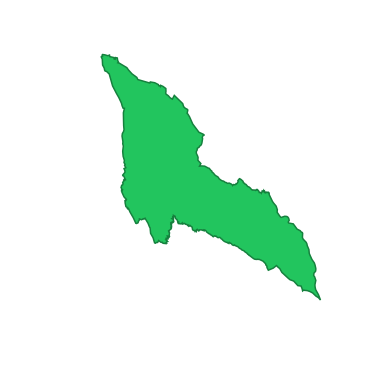 the district of Combita, Boyacá, Colombia, rotated 143°
{"feature_id": "7082276B12842426687560", "entity_name": "Combita", "entity_type": "district", "adm_level": 2, "iso_a3": "COL", "parent_name": "Colombia", "parent_adm1": "Boyacá", "projection": "equal_earth", "projection_center": [-73.326, 5.691], "detail": "fine", "context": "isolated", "style": "filled", "palette": "green", "viewbox_px": 384, "rotation_deg": 143, "n_neighbors": 0, "source": "geoboundaries", "source_scale": "gbopen_adm2", "svg_char_len": 6090}
<svg xmlns="http://www.w3.org/2000/svg" viewBox="0 0 384 384"><g transform="rotate(143 192 192)"><path d="M252.5,173.9L252.0,173.1L250.7,173.1L249.8,172.4L247.8,173.3L247.2,170.8L246.6,170.0L246.1,169.9L246.0,168.5L243.9,166.5L243.7,167.0L243.1,166.5L243.0,167.1L242.3,167.4L241.3,167.1L241.6,168.3L241.6,169.4L240.8,168.8L240.3,169.7L240.7,169.7L240.6,170.6L239.5,170.1L239.2,169.2L238.4,170.0L238.6,170.7L238.2,171.8L237.8,171.4L238.0,169.6L236.8,169.9L236.2,171.3L234.5,172.9L234.6,173.8L234.1,175.1L233.8,175.1L233.5,174.7L233.2,175.0L231.0,175.1L230.1,176.7L229.8,176.7L229.7,176.1L229.0,176.8L228.5,179.0L228.3,179.2L227.9,178.6L227.5,179.7L227.0,179.4L227.0,179.8L226.7,179.5L226.3,180.0L225.8,179.5L225.3,179.7L225.2,179.1L224.6,179.2L224.9,180.0L223.9,180.3L223.0,181.7L223.5,182.1L223.7,181.6L224.0,182.7L223.5,182.5L222.6,183.0L222.4,182.7L222.4,182.1L222.0,182.9L222.7,183.4L222.1,184.1L221.6,183.7L221.2,183.9L220.9,183.5L220.7,184.1L220.1,182.7L221.0,181.1L220.9,179.6L220.6,179.2L221.2,176.9L221.2,175.9L220.9,175.9L221.3,175.2L221.8,175.6L221.9,175.0L219.8,173.0L218.5,173.2L218.9,172.4L218.7,171.9L217.9,171.9L217.2,171.3L217.0,171.5L216.5,170.6L216.5,170.0L215.5,168.9L215.6,167.9L214.5,167.6L214.5,167.0L215.2,166.8L215.2,166.5L213.5,166.2L213.5,165.2L213.0,163.8L214.1,161.9L214.1,160.6L213.2,159.8L213.3,159.0L212.9,159.3L212.5,159.2L212.3,157.8L211.5,158.4L211.6,158.8L210.8,158.6L210.7,159.1L210.2,159.0L210.0,156.8L209.1,156.9L208.9,156.5L208.9,157.2L208.5,157.2L207.5,156.1L207.1,156.0L206.5,154.9L205.9,155.0L205.7,153.6L205.2,153.6L204.8,154.1L204.5,153.7L204.2,152.4L204.4,151.4L203.6,148.5L203.0,147.7L203.0,146.8L202.3,145.5L202.1,143.8L201.8,143.4L200.5,143.5L199.9,142.5L199.4,142.4L199.0,140.4L198.6,139.8L197.1,139.0L196.8,137.9L196.9,137.0L196.4,136.2L196.4,135.0L195.9,133.0L194.8,131.1L194.2,130.6L194.3,130.0L193.6,129.3L193.5,128.8L192.7,129.4L192.4,129.2L192.2,127.9L191.7,127.3L191.6,125.4L190.7,124.1L190.0,124.2L189.6,122.9L188.2,120.5L188.0,118.5L187.3,117.3L187.1,115.8L185.9,113.8L185.8,112.6L185.0,110.3L184.9,108.6L184.5,108.0L184.6,107.1L184.3,106.7L183.0,102.0L182.5,100.8L181.2,99.4L180.3,99.1L179.9,98.4L179.0,98.0L176.9,94.1L176.4,90.4L176.9,89.4L176.8,87.7L177.6,86.5L178.1,83.6L172.9,82.3L168.8,82.4L168.6,80.5L168.0,78.0L168.6,73.7L167.0,64.9L166.5,62.9L164.4,59.7L163.8,53.5L161.5,51.3L162.3,48.4L163.2,46.4L161.7,46.4L161.5,45.9L159.3,43.9L157.8,41.7L156.4,38.8L155.7,34.4L154.6,31.5L154.4,28.4L152.8,33.9L152.0,39.6L150.9,42.0L149.7,43.9L146.3,46.9L145.1,50.5L145.1,52.0L143.5,53.8L141.1,54.3L140.0,55.3L139.1,56.5L137.7,59.6L137.0,61.7L136.8,66.0L135.9,70.1L135.3,72.4L133.3,75.6L132.3,79.6L131.4,81.6L131.1,83.2L131.6,87.5L131.2,89.2L128.5,92.4L128.3,93.3L128.8,94.1L128.9,96.0L130.4,99.1L130.3,105.6L133.4,109.0L133.5,109.5L133.2,110.1L131.4,110.9L130.6,112.9L130.6,114.5L131.0,115.4L132.5,116.8L136.0,118.0L136.3,118.4L136.4,120.1L136.2,124.6L134.5,126.5L133.3,130.1L133.5,134.2L133.4,136.1L132.0,143.1L131.6,144.1L131.1,144.5L131.0,145.2L131.1,145.7L131.6,145.6L132.2,146.9L133.4,146.9L133.4,147.2L133.7,147.1L134.2,147.7L133.9,147.9L134.1,148.6L133.7,148.8L133.8,149.2L133.6,149.4L134.0,149.5L133.9,150.0L134.3,149.7L134.3,150.4L134.5,149.8L135.0,150.4L135.2,149.9L135.6,150.3L136.1,149.8L136.6,149.9L136.9,149.7L137.3,150.1L137.5,149.7L137.7,150.5L138.4,151.0L138.2,151.2L138.4,151.9L138.1,152.8L138.4,153.6L138.2,154.2L138.5,154.9L139.1,154.7L139.4,155.2L140.3,155.0L141.3,156.4L142.3,156.8L142.6,157.6L143.0,158.0L143.0,159.8L143.4,161.6L144.2,162.9L144.3,165.5L144.9,166.4L144.8,167.3L145.1,167.7L145.3,168.8L144.8,169.8L145.3,172.5L145.7,173.1L145.8,173.9L146.1,174.1L148.5,173.5L148.8,172.6L150.6,171.8L151.5,171.7L151.8,172.1L152.4,171.7L153.6,172.1L154.2,172.9L155.7,172.7L155.5,173.5L156.0,175.1L156.9,176.7L158.5,177.6L159.0,179.0L159.7,179.8L160.2,181.6L161.2,182.8L161.9,184.5L162.4,186.5L162.2,187.5L162.3,188.9L162.8,189.6L163.5,191.9L163.5,194.1L164.0,196.0L163.6,196.7L163.9,197.9L164.0,200.6L164.6,201.3L166.3,205.0L168.7,207.1L170.4,208.1L167.8,209.4L168.2,213.8L166.4,215.9L165.9,217.2L165.3,220.1L164.4,221.6L162.7,222.4L161.4,223.7L159.4,223.5L158.2,224.1L157.1,223.9L155.9,224.3L154.6,225.2L152.2,227.5L151.4,228.3L151.0,229.4L148.7,230.7L147.9,229.7L148.3,231.5L150.5,235.5L150.5,245.9L148.7,253.6L148.4,256.8L148.6,257.7L146.0,260.0L146.0,260.9L146.9,262.8L147.3,264.4L147.1,265.8L146.2,268.2L148.0,279.8L151.8,278.0L152.8,280.5L153.0,283.2L153.8,285.8L153.5,286.8L152.2,288.1L150.6,290.4L151.6,293.8L152.9,296.1L153.8,295.4L153.8,296.1L154.6,297.0L154.2,298.0L156.0,301.7L159.1,305.0L160.1,304.4L167.6,314.4L167.1,316.7L168.8,322.4L169.3,327.8L169.2,330.5L172.5,338.6L173.4,339.8L172.6,339.9L172.2,341.8L171.0,344.0L172.2,345.4L173.5,344.3L174.1,345.1L173.4,346.3L176.2,349.6L175.5,351.0L177.2,351.5L178.9,353.8L180.6,355.6L181.5,355.4L181.7,354.3L183.2,354.5L183.7,352.1L187.0,347.2L187.5,343.9L188.5,341.8L188.6,340.9L187.9,340.0L187.3,338.1L187.4,337.1L187.0,336.3L191.6,324.5L193.0,316.2L193.6,311.5L194.9,305.4L195.9,303.0L196.6,300.4L195.6,299.5L199.1,296.6L206.6,286.2L208.7,282.8L210.3,281.5L212.4,280.6L214.2,278.8L217.0,273.6L218.3,272.2L219.2,270.0L222.8,266.3L225.5,262.0L227.0,257.9L228.6,256.4L228.8,254.3L229.8,253.9L230.3,251.2L232.2,251.6L232.9,249.1L233.9,248.0L237.2,247.2L237.4,246.5L236.9,245.9L237.7,241.9L238.3,242.2L238.5,242.9L239.2,242.7L239.2,241.8L240.0,242.0L241.8,241.1L241.9,240.4L242.7,239.7L243.3,239.4L244.1,239.7L246.0,238.2L245.9,237.6L246.4,236.9L246.1,235.6L246.5,235.4L247.0,235.9L247.7,235.3L247.6,234.6L248.1,234.0L249.1,229.6L249.3,227.9L248.9,227.3L248.8,226.3L249.2,225.9L249.0,225.4L249.7,225.0L250.2,225.5L251.0,225.3L251.0,224.6L251.9,223.7L253.5,220.3L253.5,219.7L253.0,218.7L253.5,218.0L253.5,217.2L253.4,217.0L252.7,217.1L253.6,213.1L254.4,206.7L255.7,200.8L255.2,200.2L253.6,199.9L252.4,200.8L250.8,201.4L250.2,202.1L249.0,200.2L247.7,200.0L247.6,199.8L247.1,200.0L246.8,199.6L246.4,199.6L246.3,199.2L245.3,199.3L245.9,193.6L247.0,189.6L247.1,188.5L250.0,183.8L250.6,178.9L252.5,173.9Z" fill="#22c55e" stroke="#15803d" stroke-width="1.5"/></g></svg>